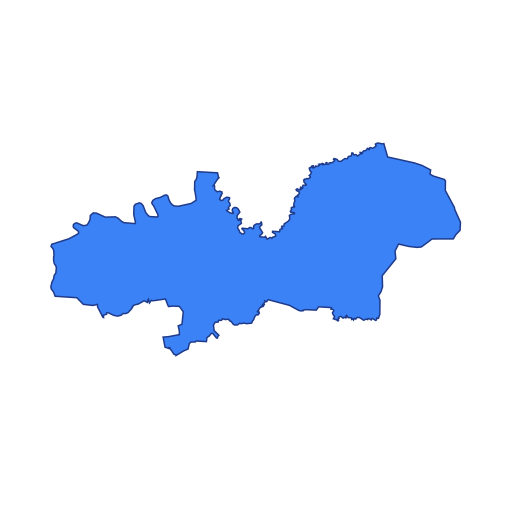 Priekuļu pag., Priekulu, Latvia (Mercator projection), rotated 342°
{"feature_id": "27541924B48534505716436", "entity_name": "Priekuļu pag.", "entity_type": "district", "adm_level": 2, "iso_a3": "LVA", "parent_name": "Latvia", "parent_adm1": "Priekulu", "projection": "mercator", "projection_center": [25.395, 57.328], "detail": "fine", "context": "isolated", "style": "filled", "palette": "blue", "viewbox_px": 512, "rotation_deg": 342, "n_neighbors": 0, "source": "geoboundaries", "source_scale": "gbopen_adm2", "svg_char_len": 6133}
<svg xmlns="http://www.w3.org/2000/svg" viewBox="0 0 512 512"><g transform="rotate(342 256 256)"><path d="M458.0,294.6L460.9,287.1L459.4,273.1L459.7,271.1L456.3,252.2L459.4,243.0L458.8,241.4L449.3,234.7L446.8,231.9L448.7,228.1L441.8,221.1L435.2,216.3L411.8,202.5L412.3,188.6L411.0,188.5L406.7,186.1L404.2,186.4L404.0,186.9L404.3,188.0L404.0,188.6L401.2,189.5L400.4,189.6L398.0,188.1L396.7,188.6L396.9,189.6L396.4,189.8L395.2,188.1L393.1,189.6L390.8,189.3L389.2,190.3L388.8,191.3L388.1,191.3L387.8,190.0L387.0,189.7L386.9,191.2L383.4,192.3L382.5,190.5L380.2,190.0L380.0,188.1L379.2,187.6L378.8,187.8L378.5,188.8L377.3,190.3L374.7,189.9L372.9,191.7L370.5,190.8L366.0,192.2L363.8,191.5L362.9,189.1L360.4,187.4L359.6,188.1L360.4,189.1L360.2,189.6L357.4,190.8L354.4,190.1L353.7,191.1L352.5,191.0L351.9,190.1L352.3,189.2L351.7,188.9L351.3,189.0L351.2,190.3L347.9,189.9L347.7,189.7L348.5,189.1L347.9,188.5L345.7,188.7L344.9,188.2L344.1,188.2L344.6,189.2L344.3,189.4L342.0,189.7L340.6,188.9L340.1,189.5L337.8,190.1L337.1,189.3L338.3,188.6L338.5,188.0L338.2,187.8L336.9,187.7L335.0,188.9L334.1,188.7L333.7,189.3L333.8,192.1L334.7,193.3L333.3,195.0L331.5,195.9L332.2,197.1L331.8,198.2L329.6,198.6L328.1,198.0L326.2,198.4L325.8,197.9L324.9,198.5L324.5,200.6L325.8,203.4L325.7,204.0L322.5,203.3L321.4,204.8L321.6,205.7L321.3,206.0L319.7,204.4L319.0,205.3L319.5,206.4L319.2,206.8L317.6,206.5L315.9,204.8L314.6,205.3L314.8,206.3L316.8,208.4L316.5,210.2L313.9,211.2L314.3,212.6L312.3,211.8L310.9,212.6L310.2,213.4L310.1,215.5L308.5,217.4L307.5,219.6L308.0,220.9L307.3,221.4L306.9,220.9L304.7,220.9L304.3,221.3L304.3,222.5L302.5,224.1L302.6,225.1L305.3,226.3L305.9,226.9L305.7,227.6L301.8,227.2L300.4,227.7L300.1,228.1L300.1,229.4L299.3,231.6L297.4,232.9L292.9,234.1L292.5,234.5L292.1,236.0L290.5,236.1L290.0,235.6L289.2,236.4L289.6,238.1L287.1,238.1L285.9,240.2L279.4,237.6L279.0,238.6L281.1,241.0L281.0,242.9L280.0,243.4L277.9,243.2L276.6,244.1L275.8,243.0L275.0,242.8L271.8,243.4L271.1,240.2L269.7,240.8L265.6,238.8L265.8,237.7L268.1,237.0L269.5,235.9L268.2,230.0L268.3,229.5L271.2,228.2L271.6,225.9L271.4,225.3L269.5,226.6L266.2,225.6L263.5,226.3L263.1,226.7L262.5,228.7L261.2,229.2L260.7,228.0L259.0,226.9L256.6,227.6L251.6,225.3L251.1,225.5L251.1,226.1L252.2,227.9L252.5,229.8L252.0,230.7L250.7,231.1L249.7,230.8L247.9,228.6L247.9,226.3L247.2,224.5L247.5,222.9L248.3,221.6L252.2,220.5L252.4,217.7L253.8,216.5L252.4,215.4L251.3,215.7L251.6,216.4L251.4,216.8L250.5,216.7L250.0,216.2L249.8,214.3L250.4,211.8L254.2,209.3L253.6,205.8L252.8,204.4L251.0,203.2L248.9,203.5L247.8,204.5L247.4,205.9L247.8,208.2L247.4,208.4L244.8,207.1L242.5,204.5L242.1,203.5L244.8,203.1L244.9,202.5L244.6,201.7L244.9,201.2L247.1,199.9L247.4,197.7L246.6,195.7L246.9,194.9L248.6,193.4L248.8,192.3L246.2,191.0L243.0,191.7L241.6,192.7L239.7,192.3L238.9,190.6L239.9,189.7L240.3,188.7L241.5,188.0L241.5,187.3L243.0,186.3L243.4,184.6L241.6,183.2L238.9,182.9L237.4,180.6L237.4,178.7L238.2,177.0L238.1,175.6L237.4,175.7L243.2,171.0L245.0,170.1L244.7,169.6L245.1,165.0L226.3,157.7L224.3,162.5L222.8,164.8L221.1,165.8L220.6,166.6L217.9,174.4L217.9,175.9L216.8,182.7L216.2,184.5L210.5,186.0L197.5,184.7L193.6,183.1L192.0,181.0L191.1,178.8L190.6,175.6L190.7,171.7L189.8,170.3L188.1,169.9L183.1,170.7L178.2,170.4L175.1,171.2L173.3,173.1L173.4,174.6L174.2,176.9L175.5,186.6L174.9,188.1L174.1,188.4L167.5,185.8L166.3,184.8L164.6,180.8L164.2,173.3L163.2,170.7L161.5,169.4L157.3,169.5L155.4,170.9L152.6,178.6L151.7,187.0L151.0,187.8L140.7,183.5L139.0,181.7L136.5,177.4L134.4,175.3L124.7,172.5L117.6,166.0L114.5,164.7L110.9,166.3L109.4,170.1L106.6,173.0L104.6,174.4L101.1,173.8L95.8,169.1L93.8,168.9L92.0,169.8L91.2,171.7L91.4,172.8L94.7,177.6L94.4,179.3L93.2,180.0L83.4,181.8L65.4,181.7L64.0,183.6L65.2,186.3L65.3,188.4L64.0,193.3L63.2,194.4L62.1,197.9L61.8,201.0L62.6,203.8L62.4,205.7L60.4,210.3L58.1,212.0L56.5,215.1L53.9,217.7L51.4,221.9L51.1,223.8L52.4,228.0L52.5,232.2L72.7,240.3L76.8,248.6L85.5,252.6L90.2,253.0L89.6,255.5L91.4,266.8L92.0,267.4L92.6,265.2L95.9,265.2L96.3,264.0L97.7,264.1L102.5,268.6L106.0,270.5L109.6,270.6L111.6,269.6L114.4,270.5L116.8,270.3L120.8,268.1L122.9,266.4L122.8,266.0L124.8,265.0L129.5,265.3L135.7,264.0L138.4,266.6L139.1,265.0L140.3,263.9L140.2,267.7L142.7,265.8L144.0,266.7L156.6,268.9L157.0,276.2L157.3,277.1L161.4,277.9L167.6,280.3L169.6,286.6L164.5,298.0L160.4,298.4L159.9,303.6L158.8,307.1L147.3,305.6L142.6,304.4L141.3,314.6L144.4,316.9L144.9,316.2L145.9,317.0L145.5,317.6L146.5,320.0L147.2,322.9L147.7,324.2L149.4,325.3L149.2,325.9L157.9,323.9L162.6,323.5L165.5,318.7L167.5,317.7L171.6,319.0L172.9,318.4L182.4,322.1L184.1,318.4L187.1,317.5L189.5,315.8L190.9,316.1L193.0,321.6L193.9,322.2L194.6,320.9L196.2,319.9L193.1,313.9L194.2,308.6L196.5,306.5L199.6,307.1L200.5,305.6L203.0,306.5L204.4,306.0L204.5,305.4L205.3,305.6L207.2,307.0L210.1,307.5L210.1,308.0L211.1,309.0L211.2,310.0L212.1,310.5L213.4,314.2L214.8,315.2L217.2,315.8L219.7,314.9L220.8,315.7L223.8,316.1L226.3,317.5L231.1,318.5L232.8,316.5L233.8,316.1L236.4,313.0L238.5,311.9L239.6,312.7L241.5,311.4L241.5,309.4L240.4,309.8L240.1,309.4L244.6,305.9L245.5,306.3L246.4,305.3L247.0,306.2L247.9,305.7L247.2,304.8L247.3,304.2L248.9,304.5L248.8,303.3L250.8,302.4L250.7,301.6L252.0,302.7L254.1,301.3L272.6,313.3L279.7,320.8L281.5,322.0L283.8,322.6L283.9,322.1L286.7,322.4L296.6,326.1L299.9,323.7L311.6,328.3L310.9,329.8L312.5,330.3L313.1,331.6L312.7,332.5L311.3,333.4L311.1,334.3L311.3,335.9L312.1,337.8L310.2,339.6L312.9,341.7L313.9,343.1L314.5,342.9L314.3,341.4L315.6,341.1L315.4,340.3L315.8,339.7L318.2,339.7L319.6,342.0L321.0,341.5L322.3,342.7L322.9,342.3L322.9,340.9L323.8,340.4L324.1,340.7L324.6,343.1L327.7,344.3L327.4,345.9L328.8,345.8L329.0,347.0L330.4,345.8L331.4,346.8L333.0,345.7L335.3,346.4L338.6,350.4L341.1,350.0L342.6,351.0L343.2,350.2L344.1,350.4L345.8,352.4L347.2,351.2L350.0,354.3L350.9,353.9L351.8,352.3L353.2,353.1L355.7,349.8L360.2,336.5L360.1,331.7L363.8,328.6L366.8,324.5L370.0,313.7L388.1,301.9L389.8,294.2L395.3,288.7L404.6,294.3L411.9,297.6L416.1,298.5L428.7,294.2L448.9,300.7L452.6,297.5L458.0,294.6Z" fill="#3b82f6" stroke="#1e3a8a" stroke-width="1.5"/></g></svg>